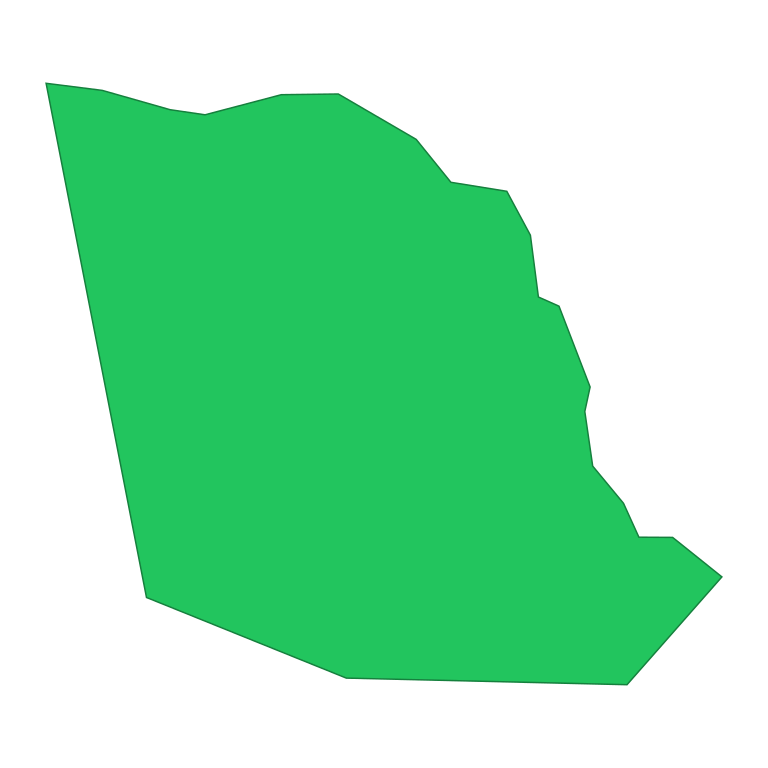 Evans, Georgia, United States of America
{"feature_id": "52423323B4289293971821", "entity_name": "Evans", "entity_type": "district", "adm_level": 2, "iso_a3": "USA", "parent_name": "United States of America", "parent_adm1": "Georgia", "projection": "mercator", "projection_center": [-81.841, 32.163], "detail": "fine", "context": "isolated", "style": "filled", "palette": "green", "viewbox_px": 768, "rotation_deg": 0, "n_neighbors": 0, "source": "geoboundaries", "source_scale": "gbopen_adm2", "svg_char_len": 403}
<svg xmlns="http://www.w3.org/2000/svg" viewBox="0 0 768 768"><path d="M721.9,576.9L672.6,537.4L638.9,537.2L623.5,503.3L592.7,466.1L584.8,411.5L590.1,387.0L559.0,306.2L538.4,297.0L530.4,235.2L506.8,191.3L450.9,182.3L416.2,139.4L338.3,94.0L281.3,94.7L205.0,114.8L170.1,109.7L102.3,90.4L46.1,83.3L146.5,597.5L346.3,678.1L627.0,684.7L721.9,576.9Z" fill="#22c55e" stroke="#15803d" stroke-width="1.5"/></svg>